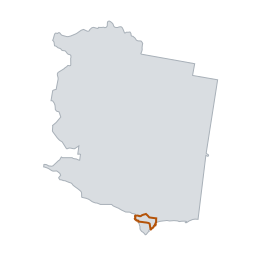 Tawkar, Red Sea, Sudan shown in context, rotated 96°
{"feature_id": "16777658B45805430370558", "entity_name": "Tawkar", "entity_type": "district", "adm_level": 2, "iso_a3": "SDN", "parent_name": "Sudan", "parent_adm1": "Red Sea", "projection": "albers", "projection_center": [37.526, 17.9], "detail": "fine", "context": "in_parent", "style": "outline", "palette": "amber", "viewbox_px": 256, "rotation_deg": 96, "n_neighbors": 0, "source": "geoboundaries", "source_scale": "gbopen_adm2", "svg_char_len": 5063}
<svg xmlns="http://www.w3.org/2000/svg" viewBox="0 0 256 256"><g transform="rotate(96 128 128)"><path d="M175.5,207.8L173.1,207.8L172.9,207.2L172.9,205.7L173.2,204.6L174.1,202.7L173.9,201.7L174.1,200.3L173.5,198.7L167.9,193.9L166.8,192.6L163.8,191.3L164.4,190.0L163.4,180.4L164.0,179.4L164.2,177.7L164.2,176.2L165.0,173.8L165.1,172.7L159.2,172.5L159.0,173.6L159.3,174.8L159.3,175.2L150.9,175.0L154.2,178.9L154.3,180.5L154.0,182.6L154.0,183.9L154.2,184.8L155.1,186.5L155.0,186.8L154.8,187.2L148.7,192.0L147.6,194.3L146.8,195.5L145.0,197.5L139.4,202.6L138.5,202.9L134.3,203.0L133.9,203.1L133.6,203.3L133.4,203.3L130.0,200.0L124.1,196.0L120.1,197.8L119.0,198.5L118.9,200.3L118.3,201.2L117.2,202.2L114.2,202.7L112.7,203.1L110.8,204.1L109.0,205.7L108.8,206.6L108.9,207.4L98.8,206.8L98.2,206.2L96.9,203.3L95.8,203.4L86.7,202.6L85.3,202.8L82.6,203.8L81.3,203.9L80.0,203.3L75.5,197.5L74.5,196.8L73.5,195.4L72.5,194.7L72.1,194.3L72.1,193.7L72.2,192.5L71.9,191.7L71.1,191.5L64.6,192.3L63.7,192.1L62.3,192.3L61.8,192.5L61.2,193.2L61.0,194.7L60.8,195.4L60.2,196.2L58.3,198.0L57.8,198.8L57.8,200.8L57.6,201.9L57.2,202.3L56.4,203.1L56.1,203.5L55.5,206.1L54.4,207.7L54.1,208.2L54.0,209.4L53.8,209.7L50.8,210.4L49.7,210.9L48.9,211.8L48.7,212.1L47.5,211.7L45.9,211.4L42.8,210.9L41.6,210.4L41.1,209.7L41.4,208.1L41.1,207.7L40.7,207.4L40.4,206.7L40.5,205.9L42.3,204.1L42.7,203.2L43.5,198.5L43.4,197.1L42.4,194.4L39.8,189.7L39.1,188.7L35.7,184.8L35.4,184.2L34.6,182.5L35.8,179.2L36.0,178.2L35.8,177.2L34.9,176.4L34.1,176.3L33.1,175.3L32.4,174.8L31.9,173.9L31.5,172.8L32.2,168.7L32.0,168.2L31.1,168.0L30.9,167.6L31.0,166.9L30.7,164.5L30.3,162.6L30.7,161.5L30.0,160.0L28.6,159.3L25.6,159.5L24.7,159.4L24.1,159.0L23.8,158.5L23.6,157.8L23.9,156.9L24.8,155.3L26.0,153.9L28.2,152.8L28.8,152.2L29.2,151.4L29.3,150.6L29.2,149.6L29.1,148.8L28.5,147.6L28.1,146.2L28.1,145.3L28.5,144.7L29.1,144.0L31.3,142.7L33.5,141.6L33.9,141.2L33.8,140.7L32.9,139.6L32.7,137.5L32.3,136.1L33.5,135.1L34.3,134.8L35.5,134.6L36.1,134.2L36.3,133.4L36.3,132.6L36.8,132.0L37.5,130.8L38.0,130.3L39.7,128.9L40.1,128.0L40.3,127.0L40.1,124.2L41.1,123.1L42.4,122.2L44.1,122.4L46.7,122.4L48.5,122.1L49.8,122.2L52.7,123.0L53.0,122.7L53.2,122.0L57.1,68.4L68.9,69.3L69.0,69.2L70.7,43.9L144.4,47.6L145.1,47.5L146.3,45.2L146.8,45.0L147.5,45.2L147.8,45.8L147.1,47.7L211.5,48.8L211.6,51.7L212.2,54.1L214.0,57.4L215.5,59.2L216.1,60.1L216.2,60.6L216.1,61.0L215.6,60.5L214.8,60.2L214.7,61.8L215.1,64.9L215.7,67.2L215.2,69.2L215.3,72.7L216.1,76.9L215.9,79.6L217.3,85.8L218.6,89.3L219.4,90.2L220.2,90.6L221.7,90.9L224.1,92.7L225.9,94.5L226.6,95.5L227.5,96.6L228.1,96.4L228.4,96.1L229.1,96.9L232.0,98.8L232.4,99.7L231.4,100.5L230.2,102.0L229.6,103.3L229.3,103.8L228.3,104.6L228.1,105.0L227.7,105.3L227.2,105.3L226.2,105.8L225.4,105.6L224.4,105.9L224.1,106.2L223.4,106.5L222.4,106.7L220.9,107.8L219.5,108.4L219.1,108.8L218.4,111.1L217.9,111.7L215.9,111.8L214.9,112.0L213.6,111.7L213.0,111.7L212.8,112.2L212.6,114.2L212.6,115.0L211.5,117.3L211.8,121.5L210.7,124.6L210.5,125.3L209.4,127.8L208.9,128.7L207.5,133.3L206.9,134.8L205.7,136.3L206.9,147.4L205.9,150.8L205.9,152.7L205.2,155.4L204.6,156.7L203.7,158.2L202.9,159.9L202.3,162.2L201.8,166.4L201.6,166.8L198.0,167.3L196.9,167.6L196.1,168.1L195.2,169.2L193.3,172.2L192.3,174.0L190.8,176.5L189.0,178.2L188.6,179.1L188.3,180.7L187.6,183.3L187.0,185.1L187.1,186.5L186.5,189.0L186.6,190.3L185.9,190.9L185.1,191.6L184.5,191.7L182.0,190.0L180.2,191.1L179.1,192.8L178.2,194.4L178.7,197.9L178.6,198.7L178.3,199.5L176.6,202.9L176.1,204.5L175.5,207.2L175.5,207.8Z" fill="#d9dde1" stroke="#a8b0b8" stroke-width="1"/><path d="M226.0,95.0L226.1,94.9L226.2,94.7L226.3,94.7L226.5,94.6L226.4,94.4L226.1,94.2L225.9,94.2L225.7,94.0L225.5,93.9L225.4,93.9L225.2,93.7L224.9,93.3L224.8,93.1L224.7,92.9L224.4,92.6L224.2,92.5L224.0,92.4L223.8,92.3L223.7,92.3L223.6,92.2L223.4,92.1L223.2,92.1L222.8,92.0L222.7,91.9L222.5,91.7L222.4,91.6L222.2,91.5L222.2,91.3L222.0,91.1L221.9,91.1L222.0,90.9L221.9,90.8L221.9,90.7L221.7,90.7L221.6,90.8L221.5,90.7L221.4,90.7L221.2,90.6L221.1,90.4L220.9,90.5L220.7,90.6L220.4,90.6L220.2,90.6L219.9,90.7L219.7,90.6L219.4,90.5L219.3,90.4L219.2,90.3L219.1,90.2L218.5,90.3L217.8,90.3L216.8,90.4L215.0,90.5L214.9,90.5L214.8,94.9L214.7,97.5L213.1,99.2L211.6,101.2L212.0,102.0L212.2,102.6L212.5,103.4L213.3,105.0L214.1,105.9L214.3,106.1L214.5,107.0L214.3,107.6L214.4,107.9L214.1,108.9L214.1,109.5L214.4,111.2L214.3,111.4L214.3,111.5L214.5,111.7L214.8,111.7L215.0,111.6L215.3,111.7L215.5,111.5L215.8,111.5L216.0,111.5L216.1,111.4L216.3,111.4L216.5,111.4L216.8,111.3L217.0,111.4L217.1,111.5L217.3,111.7L217.4,111.8L217.5,111.8L217.8,111.6L217.8,111.4L217.9,111.2L218.0,111.2L218.3,111.0L218.3,110.9L218.4,110.7L218.5,110.7L218.6,110.4L218.6,110.2L218.8,110.0L219.0,110.0L219.1,109.9L219.0,109.7L218.9,109.7L219.0,109.5L219.0,109.4L219.0,109.2L219.0,108.9L219.0,108.7L219.1,108.4L219.1,108.2L219.3,108.2L220.0,107.9L220.0,104.7L220.0,103.9L220.1,101.8L220.1,99.9L220.3,97.8L220.6,97.0L220.7,96.8L220.9,96.5L226.0,95.1L226.0,95.0Z" fill="none" stroke="#b45309" stroke-width="2"/></g></svg>